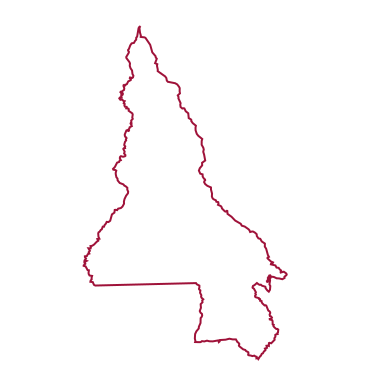 the district of Filandia, Quindío, Colombia, rotated 275°
{"feature_id": "7082276B59907465773306", "entity_name": "Filandia", "entity_type": "district", "adm_level": 2, "iso_a3": "COL", "parent_name": "Colombia", "parent_adm1": "Quindío", "projection": "orthographic", "projection_center": [-75.673, 4.664], "detail": "fine", "context": "isolated", "style": "outline", "palette": "rose", "viewbox_px": 384, "rotation_deg": 275, "n_neighbors": 0, "source": "geoboundaries", "source_scale": "gbopen_adm2", "svg_char_len": 5986}
<svg xmlns="http://www.w3.org/2000/svg" viewBox="0 0 384 384"><g transform="rotate(275 192 192)"><path d="M289.2,171.4L291.2,170.9L294.4,170.7L295.7,169.9L297.9,167.9L298.9,165.7L299.7,158.3L300.8,157.2L303.3,156.5L304.8,155.2L309.4,147.3L311.1,147.2L314.7,146.1L316.3,146.3L317.1,144.0L321.7,145.3L322.8,144.2L324.2,143.8L327.6,140.3L335.0,137.5L341.5,132.2L341.9,131.2L342.0,127.4L343.4,127.4L346.2,126.3L350.5,125.4L351.8,125.6L352.7,126.2L351.8,125.1L350.6,124.5L342.0,123.8L340.9,123.0L338.9,123.1L337.6,122.1L335.5,121.2L334.8,118.9L332.7,117.7L329.1,116.7L327.8,115.9L327.1,116.1L326.3,116.9L325.3,116.9L320.7,114.7L319.7,115.0L316.0,118.3L314.7,119.0L312.2,119.0L309.9,120.0L307.8,121.7L304.4,122.4L302.7,123.5L301.0,123.2L300.4,122.5L300.7,120.3L300.0,120.1L299.0,121.3L298.1,121.2L296.6,118.8L293.8,117.7L293.2,116.6L292.2,116.1L292.0,115.6L292.7,114.9L292.4,114.5L291.6,114.5L289.5,115.5L287.8,115.4L286.0,113.3L285.7,112.2L285.2,112.0L284.9,112.4L284.9,113.8L284.2,114.5L283.7,114.5L283.5,113.0L283.0,113.1L282.5,114.0L281.6,113.1L280.2,113.6L280.1,112.5L279.4,112.6L279.3,111.6L278.9,111.4L277.6,112.6L278.0,114.4L276.7,115.8L276.6,117.0L274.5,116.2L273.8,117.3L272.4,117.1L271.2,117.7L271.1,119.5L270.7,119.7L269.6,119.3L269.5,121.4L269.0,121.8L267.4,121.8L265.1,125.7L263.9,126.2L261.0,126.0L259.7,126.6L257.9,125.2L255.3,125.7L255.5,125.0L254.9,124.8L252.4,126.3L251.0,124.2L249.8,124.1L248.8,123.3L247.9,123.9L247.4,123.7L247.2,123.2L247.9,121.9L247.6,121.3L243.5,120.0L242.1,120.2L241.0,120.9L240.6,121.7L240.0,122.1L238.7,121.5L237.7,121.9L236.2,120.9L233.4,120.4L232.6,120.5L231.7,121.5L230.9,121.2L229.9,121.5L229.6,120.2L228.9,119.8L226.3,121.4L224.5,121.0L223.1,122.4L222.2,122.5L221.7,122.0L221.1,120.2L221.5,118.1L220.9,117.4L219.5,117.1L217.5,118.3L217.1,117.2L215.6,116.8L214.7,114.8L210.2,113.0L208.1,111.3L207.4,111.7L207.2,113.8L206.7,114.7L204.3,114.3L202.7,114.6L200.1,115.4L198.9,116.6L197.1,116.9L194.7,119.2L193.6,123.0L192.4,124.1L192.0,125.3L190.6,127.2L188.8,127.3L186.7,128.4L185.1,128.3L182.6,126.7L179.1,125.4L176.6,125.0L174.4,125.3L171.4,124.0L169.8,122.5L169.0,119.9L167.4,119.0L167.6,117.5L167.4,116.6L164.7,116.5L162.7,114.2L156.2,113.0L154.8,111.4L154.8,109.6L153.1,109.0L151.2,107.7L149.8,107.4L149.7,106.1L147.0,105.4L146.2,104.4L144.5,103.5L143.6,102.4L142.4,102.2L139.3,102.7L137.4,103.8L136.9,101.8L136.3,102.1L135.8,102.9L135.3,102.9L134.0,101.3L131.1,99.0L129.7,97.2L129.3,95.6L127.8,96.1L127.0,95.9L126.9,93.7L124.5,95.4L123.0,94.3L121.7,95.1L121.0,93.6L119.0,92.8L118.6,90.9L117.8,91.0L116.5,92.2L114.8,91.1L114.2,93.0L112.9,90.8L112.2,91.0L111.7,91.9L111.2,92.0L109.5,90.5L109.0,90.5L108.6,92.5L105.1,94.8L105.0,96.1L102.3,96.0L101.2,96.3L99.9,97.2L99.7,99.8L97.6,99.4L96.4,99.7L94.8,98.7L93.7,98.6L93.6,101.0L91.0,102.4L90.4,103.8L101.6,203.9L100.5,204.8L99.4,207.5L97.7,207.7L96.1,207.4L95.6,207.6L94.7,208.9L92.3,208.8L90.0,210.3L88.4,210.2L87.3,210.9L86.1,212.6L84.8,211.6L83.1,212.1L81.0,210.4L77.4,211.0L74.1,210.1L72.5,211.0L71.5,212.5L70.0,212.9L68.6,212.6L67.1,211.6L62.2,211.9L58.4,210.6L56.6,210.6L53.6,208.5L50.8,207.5L46.3,207.6L43.8,208.4L42.8,208.2L43.1,213.1L43.3,213.8L44.3,214.9L44.2,217.3L45.2,219.9L44.8,222.2L45.0,225.7L46.4,230.9L46.3,231.2L44.8,231.8L45.6,232.6L46.9,232.5L47.0,233.0L47.8,238.3L49.1,242.0L48.7,245.5L49.0,248.6L46.6,250.2L45.9,251.4L44.7,252.4L43.1,252.1L42.5,252.5L39.7,256.7L39.3,258.8L38.3,259.7L37.3,262.0L36.5,262.3L34.7,262.1L34.3,262.8L34.2,264.9L33.8,266.4L34.4,268.4L33.7,269.5L33.5,270.7L31.9,270.7L32.2,271.9L31.3,272.6L34.2,274.1L34.9,274.9L36.9,275.6L37.5,276.7L39.4,277.5L40.7,278.9L41.3,279.0L42.4,278.3L43.3,280.3L45.3,279.6L45.6,280.8L45.3,282.0L48.2,281.8L48.5,282.4L48.2,284.1L52.0,287.2L53.5,286.8L55.1,287.7L56.9,287.4L57.3,287.8L58.0,289.7L58.8,289.3L59.7,289.9L62.5,289.9L63.0,289.0L62.9,287.9L64.4,285.8L65.7,284.7L66.8,285.0L67.2,283.9L70.5,283.5L71.4,282.9L71.8,280.6L72.3,280.5L72.7,282.0L73.8,282.6L74.9,281.7L75.2,280.5L76.6,280.0L78.3,280.5L79.0,280.3L79.8,279.7L80.6,278.3L85.3,275.9L85.6,275.2L85.3,274.2L87.2,271.8L88.3,271.0L89.4,270.8L89.6,269.3L90.9,269.3L91.3,269.0L91.2,268.2L92.1,267.9L92.7,264.7L93.2,264.0L94.2,263.9L95.3,264.6L96.5,263.9L97.7,264.4L101.1,262.1L101.8,260.8L102.4,260.6L103.8,261.0L104.7,262.4L107.0,264.6L105.8,266.4L105.4,267.7L105.7,268.6L104.7,270.0L104.1,273.1L103.7,273.5L102.6,273.7L100.5,275.6L99.4,277.2L101.4,278.2L105.2,278.2L106.7,277.2L110.6,277.5L111.8,277.1L113.3,277.7L113.8,276.7L113.2,276.4L111.9,276.1L109.8,276.4L109.0,274.8L109.5,274.5L109.8,275.0L110.4,274.8L110.7,275.5L111.9,275.3L111.9,275.6L112.7,275.6L113.1,275.1L115.6,276.3L115.8,277.2L114.6,278.1L114.5,280.9L113.4,283.9L113.5,286.3L113.0,289.6L114.4,291.7L115.7,291.5L117.4,293.3L118.3,293.5L119.2,292.8L120.6,290.4L119.5,287.4L120.0,287.2L121.6,287.6L122.4,286.3L124.0,284.9L124.1,282.8L126.1,281.5L126.8,276.9L127.5,277.0L128.4,278.7L128.9,278.9L129.7,276.6L132.5,273.0L133.2,273.0L134.1,274.3L135.8,273.1L142.0,270.8L143.9,269.3L147.0,269.1L148.8,265.8L151.3,264.1L151.6,262.2L153.8,260.4L155.6,260.1L157.0,258.3L157.9,256.4L157.9,255.3L157.2,253.4L158.8,252.6L159.8,251.6L162.2,247.5L162.8,244.5L164.6,243.3L167.3,237.5L170.8,233.5L173.3,229.3L176.2,228.8L176.3,228.4L175.4,227.3L175.6,226.4L178.2,223.3L179.4,222.9L180.5,221.9L181.5,219.0L183.0,219.4L184.2,219.0L184.4,217.1L185.8,216.5L186.7,214.0L187.5,213.1L189.2,212.2L192.2,212.1L196.1,210.7L198.2,210.5L199.5,206.7L201.1,204.4L202.9,203.2L203.9,203.4L204.9,204.1L205.6,203.9L206.4,202.7L208.3,201.3L210.5,201.0L211.0,198.6L213.9,197.0L216.4,197.7L219.4,199.8L222.0,199.5L224.5,202.4L230.3,200.8L233.0,199.7L235.4,200.0L237.1,199.4L239.9,197.5L243.7,197.2L245.7,197.6L248.5,193.4L250.3,191.7L253.8,190.2L256.4,189.9L258.4,190.1L260.7,186.7L262.6,185.1L263.6,185.1L264.3,184.5L265.3,182.3L270.1,181.4L271.9,178.7L274.6,177.1L274.7,176.2L274.3,175.1L275.7,173.2L278.0,172.7L279.5,172.9L284.1,170.3L285.5,170.3L287.0,169.4L289.2,171.4Z" fill="none" stroke="#9f1239" stroke-width="2"/></g></svg>